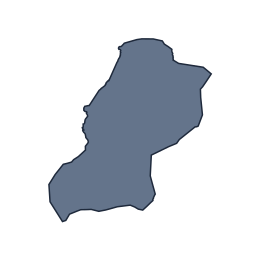 the district of Jinst, Bayanhongor, Mongolia, rotated 345°
{"feature_id": "93677404B67702711432193", "entity_name": "Jinst", "entity_type": "district", "adm_level": 2, "iso_a3": "MNG", "parent_name": "Mongolia", "parent_adm1": "Bayanhongor", "projection": "orthographic", "projection_center": [100.256, 45.421], "detail": "fine", "context": "isolated", "style": "filled", "palette": "slate", "viewbox_px": 256, "rotation_deg": 345, "n_neighbors": 0, "source": "geoboundaries", "source_scale": "gbopen_adm2", "svg_char_len": 3473}
<svg xmlns="http://www.w3.org/2000/svg" viewBox="0 0 256 256"><g transform="rotate(345 128 128)"><path d="M33.6,179.1L40.5,201.4L44.0,201.2L49.2,196.1L57.2,195.1L61.2,194.7L66.5,196.0L71.4,197.1L78.2,200.9L85.1,201.4L89.3,201.4L97.2,201.3L110.2,203.1L114.1,206.1L116.9,209.0L121.0,211.1L125.6,208.7L130.6,205.9L133.3,204.5L133.4,204.2L133.4,203.5L133.5,203.3L134.3,202.7L134.5,202.1L134.8,201.6L135.3,201.0L135.6,200.6L136.1,200.1L136.6,199.4L137.2,198.9L137.1,187.4L137.1,180.0L143.5,160.2L162.6,156.5L171.0,155.4L174.6,152.4L192.6,144.5L193.0,144.3L193.3,144.3L193.5,144.3L193.9,144.5L194.2,144.5L194.7,144.5L195.0,144.5L195.4,144.5L195.7,144.5L195.8,144.4L196.0,144.3L196.3,144.3L203.3,134.6L206.1,117.4L208.0,109.2L210.7,107.5L215.5,103.4L222.4,97.3L216.4,88.8L193.6,78.7L189.1,74.0L189.6,73.3L189.5,72.5L189.5,72.3L189.6,72.1L189.8,71.8L189.9,71.7L189.8,71.4L189.8,71.1L189.8,70.9L190.0,70.6L190.2,70.3L190.2,70.1L190.1,69.8L190.0,69.6L189.9,69.3L189.9,69.0L189.8,68.7L190.0,68.3L190.2,68.1L190.4,67.8L190.5,67.4L190.4,67.1L190.3,66.7L190.2,66.0L190.2,65.5L190.2,65.1L190.2,64.7L190.4,64.3L190.6,63.9L190.7,63.6L190.7,63.3L187.9,59.8L184.8,56.4L183.7,52.8L175.4,48.5L164.5,45.5L159.5,44.9L146.8,45.1L146.2,45.2L145.6,45.7L145.0,46.1L144.0,46.6L143.2,47.2L142.5,47.5L142.1,47.5L141.6,47.3L141.0,47.2L140.5,47.4L139.9,47.6L139.7,48.0L139.4,48.8L139.5,49.3L139.6,49.7L140.2,49.8L140.4,50.0L140.9,50.4L141.1,50.9L141.0,51.5L140.5,51.9L140.4,52.2L140.4,52.6L140.5,53.2L140.5,53.3L140.1,53.5L140.0,53.8L140.0,54.0L139.9,54.2L139.8,54.6L139.7,54.9L139.7,55.2L139.5,55.4L139.5,55.6L139.4,55.9L139.2,55.9L139.2,56.1L139.2,56.3L139.0,56.5L138.9,56.6L138.7,56.9L138.6,57.0L138.4,57.2L138.2,57.6L138.0,57.8L137.7,58.1L137.3,58.3L137.1,58.5L136.8,58.9L136.4,59.3L135.7,60.2L135.4,60.9L135.0,61.2L134.4,61.7L122.6,76.3L122.2,76.4L122.1,76.6L122.1,77.0L121.9,77.2L121.4,77.5L121.0,77.3L120.7,77.3L120.2,77.6L120.0,77.8L119.7,78.1L119.3,78.2L119.1,78.3L118.6,78.8L118.3,79.0L118.2,79.2L118.2,79.7L117.9,79.9L117.6,80.0L117.4,80.1L117.3,80.5L117.0,80.9L116.0,81.4L115.2,81.7L114.5,82.0L113.9,82.3L113.6,82.4L113.2,82.6L112.7,82.6L112.2,83.1L111.9,83.2L111.7,83.2L111.3,83.6L111.1,83.7L110.7,83.8L110.2,84.0L109.7,84.3L96.3,96.3L95.7,96.1L91.8,95.9L91.6,96.2L91.4,96.4L91.1,96.7L90.8,96.9L90.7,97.2L90.5,97.4L90.5,97.6L90.3,97.9L90.2,98.1L90.2,98.4L90.1,98.9L90.0,99.1L89.9,99.4L90.0,99.7L90.3,99.8L90.4,100.0L90.4,100.3L90.5,100.5L90.9,101.0L91.3,101.2L91.8,101.4L92.0,101.5L92.0,101.9L92.1,102.1L92.3,102.1L92.3,102.3L92.1,102.5L91.8,102.8L91.7,103.1L91.6,103.4L91.8,103.7L92.0,104.1L92.2,104.9L92.1,105.6L92.0,106.3L91.6,106.7L90.9,107.0L90.1,107.8L89.7,108.0L89.1,108.5L88.7,109.0L88.4,109.6L88.2,110.1L87.8,111.0L87.5,111.8L87.3,112.0L86.9,112.4L86.6,112.6L86.2,112.7L85.7,112.6L85.0,115.5L84.6,115.6L84.2,115.8L84.0,115.7L83.9,115.8L83.9,116.0L84.1,116.6L84.0,116.8L84.0,117.1L84.0,117.3L84.3,117.5L84.6,117.6L84.8,117.8L84.7,118.1L84.7,118.4L84.3,118.2L84.0,118.2L83.8,118.4L83.6,118.7L83.7,119.0L83.7,119.3L83.8,119.7L84.0,120.2L84.2,120.9L84.5,121.3L84.8,121.8L85.0,122.5L85.1,123.2L85.1,123.7L85.0,124.3L85.0,124.9L84.9,125.6L84.8,126.0L84.9,126.4L85.1,127.1L85.4,127.7L85.6,128.1L86.0,128.9L86.1,129.7L86.1,130.6L85.9,131.5L85.7,131.8L85.4,132.0L85.1,132.3L84.7,132.6L84.3,133.0L83.8,133.3L83.2,133.8L82.1,134.6L81.2,138.3L72.6,142.8L67.3,144.5L64.7,146.3L60.0,146.4L56.1,146.3L45.7,154.0L37.0,162.1L33.6,179.1Z" fill="#64748b" stroke="#1e293b" stroke-width="1.5"/></g></svg>